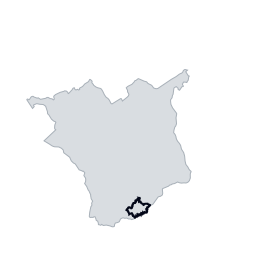 Ango, Orientale, Democratic Republic of the Congo shown in context, rotated 146°
{"feature_id": "63176286B24678106401017", "entity_name": "Ango", "entity_type": "district", "adm_level": 2, "iso_a3": "COD", "parent_name": "Democratic Republic of the Congo", "parent_adm1": "Orientale", "projection": "orthographic", "projection_center": [26.048, 4.445], "detail": "fine", "context": "in_parent", "style": "outline", "palette": "ink", "viewbox_px": 256, "rotation_deg": 146, "n_neighbors": 0, "source": "geoboundaries", "source_scale": "gbopen_adm2", "svg_char_len": 7454}
<svg xmlns="http://www.w3.org/2000/svg" viewBox="0 0 256 256"><g transform="rotate(146 128 128)"><path d="M204.8,164.3L188.9,166.9L189.2,167.8L189.0,168.7L188.6,169.4L187.0,171.4L184.6,173.1L184.6,173.6L185.8,175.5L186.5,178.2L186.3,183.0L186.6,184.3L186.5,185.3L185.7,186.4L184.1,192.1L185.1,194.8L188.2,197.3L190.0,199.2L193.1,199.9L193.6,199.8L193.8,198.2L196.2,197.6L196.1,207.7L195.9,208.2L195.4,208.3L194.8,208.0L194.7,207.1L194.0,206.7L191.0,207.9L190.3,207.9L189.5,207.7L188.9,207.2L188.7,206.4L186.6,203.5L185.6,203.3L184.5,200.7L179.8,198.7L178.0,198.6L177.1,198.0L176.1,195.9L174.6,194.6L174.2,193.1L173.9,192.9L172.9,193.2L172.1,195.5L171.1,196.1L169.1,196.2L164.3,195.5L160.8,194.3L159.9,194.3L158.5,193.2L158.0,191.4L158.3,190.0L158.0,189.8L152.7,191.0L151.5,191.7L150.3,191.5L149.9,191.1L150.4,190.2L150.2,189.1L149.8,188.6L148.2,188.3L147.7,187.1L146.8,187.0L146.4,187.1L146.2,187.9L145.6,188.1L142.5,187.8L139.2,188.7L134.8,188.5L132.8,189.6L132.4,189.6L132.0,189.0L131.6,187.1L131.8,186.5L132.4,186.2L132.6,185.4L132.4,183.4L132.6,182.9L132.3,181.8L131.6,179.9L130.7,178.4L128.7,176.2L128.3,175.1L128.4,172.6L129.0,168.6L128.9,165.6L128.1,163.7L127.9,161.6L128.4,157.8L127.8,156.9L117.8,156.5L117.3,156.2L117.1,155.7L117.6,153.5L111.5,154.0L109.6,154.4L108.5,155.3L108.2,156.5L108.2,158.1L107.3,159.6L107.0,162.3L105.3,162.6L103.7,162.5L100.4,162.0L97.3,162.7L95.7,163.4L94.9,163.0L92.1,163.2L91.7,163.0L88.4,157.8L86.9,156.1L86.6,155.2L86.7,154.4L86.3,153.3L84.7,150.6L84.4,149.3L84.4,147.4L84.3,146.7L82.9,145.0L82.0,144.4L81.0,144.1L64.7,144.1L59.4,143.7L55.5,143.9L53.5,143.7L53.0,143.4L51.2,143.8L50.3,144.5L48.9,144.8L48.0,144.6L46.3,142.7L48.6,142.4L48.7,142.2L48.8,137.5L48.2,136.8L49.4,136.1L51.3,134.0L53.2,133.3L53.5,132.9L53.9,132.9L54.6,133.8L56.3,135.0L58.3,134.0L58.5,133.7L58.7,131.7L59.3,131.6L60.1,132.0L60.6,132.0L61.5,131.5L64.1,130.5L64.9,131.8L64.2,133.0L64.6,133.8L64.7,135.1L65.1,135.4L67.2,135.5L67.8,135.2L71.8,130.7L72.9,130.2L74.6,128.4L76.9,127.6L77.9,126.1L79.2,123.6L79.8,119.8L79.5,113.4L79.7,112.5L82.5,109.6L85.4,104.4L87.3,103.0L88.8,102.5L91.0,100.6L92.8,98.6L92.6,96.3L93.0,94.3L94.0,91.9L94.3,89.3L94.0,86.5L94.1,84.2L95.5,80.6L95.6,76.5L96.8,73.0L99.2,68.6L100.4,65.4L100.2,62.1L100.5,59.7L100.4,58.3L100.0,57.1L100.2,56.3L101.1,56.0L102.3,54.8L104.3,51.7L106.5,50.1L108.1,49.6L109.7,49.7L110.7,50.0L112.4,51.3L114.3,52.3L115.7,53.5L117.1,55.5L120.5,55.9L122.0,56.6L122.9,56.9L123.2,56.7L123.9,56.8L125.5,57.4L126.8,57.1L133.1,58.4L133.9,57.8L135.7,54.5L137.0,53.3L139.2,53.2L140.9,53.9L141.8,53.9L149.6,51.0L150.6,50.9L153.4,51.6L155.2,51.1L156.0,51.3L157.6,50.8L158.9,48.8L160.0,48.3L171.2,50.5L172.9,49.4L173.7,49.3L176.2,50.0L176.9,51.3L178.4,52.3L179.5,54.1L181.2,55.0L182.0,56.0L183.0,56.6L185.0,56.8L187.6,55.2L189.4,55.4L191.3,56.2L191.9,56.2L193.3,55.3L194.0,54.3L194.7,54.1L195.8,54.5L196.7,55.4L197.5,56.7L200.3,59.7L203.0,61.0L203.7,62.8L204.7,62.6L205.2,62.8L205.9,63.9L206.4,64.2L206.5,64.6L205.8,65.7L205.2,67.8L206.0,69.1L205.3,71.0L205.0,72.9L205.8,73.4L207.0,73.4L208.0,74.3L208.8,74.5L209.7,75.6L209.5,76.4L206.8,79.6L202.8,83.5L201.5,83.9L200.8,84.7L200.3,85.8L199.1,86.7L198.2,87.1L198.1,89.9L196.8,92.8L196.3,93.4L195.5,98.0L195.7,98.8L194.9,102.7L195.0,106.2L193.1,107.3L191.7,109.1L191.2,110.3L191.2,113.2L189.0,114.9L188.8,115.3L189.3,117.4L190.1,117.7L190.2,118.4L191.9,120.6L191.8,127.3L191.9,127.9L192.8,129.5L193.4,132.5L192.7,136.4L195.1,143.4L194.0,146.0L194.5,148.4L196.0,151.0L199.4,153.5L200.3,154.6L201.1,156.0L201.9,158.1L204.8,164.3Z" fill="#d9dde1" stroke="#a8b0b8" stroke-width="1"/><path d="M172.4,49.7L172.1,49.8L172.0,50.0L171.9,50.3L171.7,50.6L171.4,50.6L171.2,50.5L170.9,50.4L170.8,50.2L170.7,50.3L170.7,50.1L170.4,50.2L170.2,50.1L169.9,50.2L169.9,50.3L169.7,50.3L169.6,50.2L169.6,50.3L169.4,50.4L169.4,50.2L169.3,50.3L169.2,50.4L168.9,50.4L168.8,50.5L168.7,50.6L168.7,50.4L168.6,50.6L168.4,50.5L168.2,50.5L168.1,50.4L168.1,50.5L168.0,50.4L168.0,50.2L167.9,50.2L167.7,50.0L167.7,49.9L167.4,49.8L167.4,49.7L167.2,49.8L167.1,49.6L166.9,49.7L166.9,49.8L166.8,49.7L166.7,49.8L166.6,49.6L166.3,49.5L166.3,49.4L166.2,49.3L166.1,49.2L166.0,49.3L165.9,49.2L165.9,48.9L165.8,49.0L165.7,49.1L165.7,48.9L165.5,49.0L165.4,49.0L165.4,48.8L165.2,48.7L165.2,48.8L165.1,49.0L164.9,48.9L164.8,49.0L164.7,49.1L164.6,49.3L164.5,49.2L164.4,49.2L164.2,49.2L163.9,48.9L163.8,49.1L163.7,49.2L163.7,49.3L163.6,49.2L163.1,49.2L162.9,49.1L162.7,49.2L162.6,49.4L162.5,49.1L162.4,49.1L162.5,48.9L162.2,48.9L162.3,48.8L162.3,48.6L162.1,48.7L162.2,48.8L161.9,48.9L161.8,48.7L161.6,48.7L161.5,48.4L161.3,48.3L161.2,48.3L161.1,48.2L160.9,48.2L161.0,48.4L160.9,48.4L160.8,48.2L160.6,48.2L160.8,48.1L160.6,48.0L160.5,47.9L160.4,47.7L160.2,47.7L160.2,47.9L159.8,48.0L159.7,47.8L159.5,48.0L159.4,48.0L159.1,48.2L158.9,48.0L158.6,48.3L158.7,48.5L158.4,48.7L158.3,49.2L158.2,49.3L158.3,49.6L158.5,49.7L158.5,50.0L158.3,50.3L158.3,50.5L158.2,50.7L157.6,50.8L157.4,50.9L157.2,50.8L157.0,51.0L156.9,50.9L156.8,50.7L156.7,50.9L156.6,51.0L156.4,51.1L156.2,51.5L155.8,51.3L155.6,51.3L155.5,51.1L155.3,51.0L155.0,51.1L154.9,51.3L154.5,51.3L154.4,51.5L153.9,51.5L153.6,51.8L153.5,51.7L153.3,51.8L153.1,51.8L153.0,51.6L152.8,51.7L152.8,51.9L152.9,52.0L153.1,52.2L153.1,52.3L153.2,52.5L153.3,52.7L153.6,52.9L153.9,53.5L154.2,53.8L154.1,54.3L154.6,54.6L154.8,54.8L155.6,55.1L155.9,55.5L156.6,55.8L156.8,55.9L157.4,55.7L157.9,55.4L158.2,55.5L158.1,56.0L158.2,56.3L158.1,56.6L158.1,57.0L158.6,57.5L158.8,57.7L158.9,57.9L159.0,58.7L159.2,59.0L159.3,59.2L159.2,59.5L158.8,59.6L158.8,59.9L159.1,60.0L159.6,60.4L159.8,60.8L160.1,60.8L160.0,61.0L159.8,61.4L159.7,61.4L159.6,61.5L159.4,61.8L159.4,62.0L159.3,61.9L159.2,61.9L159.2,62.0L159.1,62.3L159.0,62.2L158.8,62.4L158.8,62.5L158.7,62.7L158.4,62.7L158.3,62.8L158.1,62.7L157.9,62.7L157.8,62.8L158.0,62.9L158.0,63.1L158.1,63.3L157.9,63.3L157.9,63.2L157.8,63.3L157.7,63.3L157.6,63.6L157.8,63.7L158.1,64.0L158.1,63.9L158.3,63.8L158.6,63.8L159.0,63.6L159.4,63.9L159.5,63.9L159.8,63.9L160.0,63.6L160.4,63.6L160.6,63.3L161.0,63.1L161.3,63.2L161.5,63.1L161.8,63.4L162.0,63.6L162.2,63.8L162.4,63.7L162.6,63.6L162.7,63.3L162.8,63.1L162.7,62.9L162.8,62.7L162.8,62.3L163.1,62.2L163.3,62.1L163.6,62.2L163.9,62.0L164.1,62.0L164.2,61.9L164.4,62.0L164.5,62.1L164.8,62.3L164.8,62.5L165.0,62.5L165.3,62.7L165.5,62.5L165.9,62.6L166.0,62.5L166.0,62.3L166.3,62.1L166.6,62.1L166.6,61.9L167.0,61.6L167.3,61.6L167.6,61.6L167.8,61.3L167.7,61.2L167.8,61.1L168.0,60.9L167.9,60.9L167.9,61.0L167.9,60.9L168.1,60.9L168.1,60.7L168.3,60.6L168.4,60.4L168.6,60.4L168.7,60.2L169.0,60.0L169.3,59.6L169.6,59.5L169.9,59.5L170.1,59.5L170.4,59.7L170.4,59.8L170.4,60.0L170.7,61.0L171.0,61.1L171.1,61.4L171.3,61.7L171.5,61.8L171.9,61.9L172.1,61.9L172.2,61.6L172.3,61.5L172.5,61.6L172.9,61.6L173.0,61.5L173.1,61.4L173.5,61.2L173.6,61.3L173.8,61.3L174.0,60.9L174.5,61.2L174.8,61.1L174.9,60.8L175.1,60.7L174.9,60.4L174.9,60.2L174.7,59.9L174.7,59.6L174.6,59.4L174.6,59.2L174.4,59.2L174.4,58.6L174.5,58.5L174.7,57.9L174.7,57.7L174.8,57.7L174.8,57.0L175.0,56.5L175.0,56.0L175.2,55.7L174.9,55.7L174.6,55.7L174.3,55.8L174.0,55.7L173.8,55.6L173.4,55.5L173.0,55.3L172.8,55.2L172.6,55.3L172.4,55.2L172.4,54.9L172.5,54.8L172.4,54.6L172.5,54.4L172.5,54.1L172.9,53.6L172.7,53.3L172.6,53.1L172.5,52.9L172.8,52.8L173.0,52.7L173.1,52.4L172.7,52.2L172.5,51.5L172.3,51.2L172.2,51.0L172.1,50.9L172.1,50.7L172.1,50.3L172.2,50.2L172.6,50.2L172.6,49.9L172.4,49.7Z" fill="none" stroke="#020617" stroke-width="2"/></g></svg>